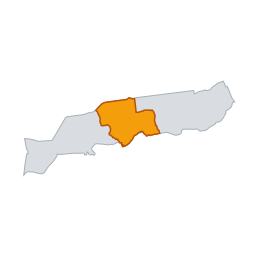 Centre on a map of Togo (Natural Earth projection), rotated 263°
{"feature_id": "TGO-89", "entity_name": "Centre", "entity_type": "Region", "adm_level": 1, "iso_a3": "TGO", "parent_name": "Togo", "parent_adm1": "", "projection": "natural_earth1", "projection_center": [0.902, 8.593], "detail": "fine", "context": "in_parent", "style": "filled", "palette": "amber", "viewbox_px": 256, "rotation_deg": 263, "n_neighbors": 0, "source": "natural_earth", "source_scale": "10m", "svg_char_len": 4308}
<svg xmlns="http://www.w3.org/2000/svg" viewBox="0 0 256 256"><g transform="rotate(263 128 128)"><path d="M130.1,24.1L129.1,28.8L127.1,34.6L125.8,36.4L124.9,50.5L125.6,51.7L126.0,52.0L132.2,56.8L140.4,63.0L146.1,67.4L146.6,68.9L146.7,78.2L146.7,86.1L147.9,90.6L148.2,95.0L149.6,98.4L154.9,104.8L156.2,108.6L156.4,120.7L156.5,129.9L157.1,142.4L157.1,152.9L157.2,166.1L157.2,181.6L157.2,197.8L153.7,198.0L155.6,203.0L155.9,207.5L156.4,209.0L155.4,211.2L156.2,214.6L157.7,215.8L161.6,222.6L162.9,228.3L156.7,230.2L157.1,231.7L145.4,234.7L140.8,237.2L140.7,234.8L139.0,234.3L136.9,233.5L135.7,232.3L133.9,229.4L133.2,227.2L130.5,226.8L127.1,224.3L123.9,221.4L122.8,218.6L123.1,217.2L122.6,215.9L121.5,215.3L118.6,208.8L116.9,206.2L116.0,204.1L116.3,202.5L115.9,200.3L116.5,198.5L118.0,197.5L118.5,196.2L118.7,193.5L119.5,187.8L120.1,182.3L118.5,180.8L116.5,180.3L115.4,178.7L115.0,176.1L115.1,173.9L119.0,166.0L118.2,147.9L118.8,145.1L120.6,143.2L122.1,141.0L122.0,138.8L119.4,133.4L114.5,129.2L111.9,125.8L110.5,122.8L110.3,121.2L113.3,118.9L114.7,117.2L114.8,115.3L113.6,111.9L113.8,105.7L115.0,101.1L116.2,95.2L116.0,93.4L113.1,89.9L111.6,89.4L110.3,89.7L107.2,92.0L106.1,92.2L105.4,91.6L105.1,90.6L106.2,89.2L105.8,87.5L106.7,86.0L108.6,85.3L109.2,84.5L106.6,83.8L106.3,82.7L106.5,81.7L107.2,81.5L108.1,81.6L108.5,80.9L108.9,75.8L109.2,74.1L109.6,70.6L110.0,57.0L110.6,55.6L110.7,54.6L108.8,54.0L104.5,50.3L102.0,47.5L99.8,44.7L97.9,42.8L94.3,39.9L93.2,38.0L93.1,36.2L94.2,32.5L95.9,28.6L96.8,22.9L96.3,21.4L93.9,18.8L102.4,20.8L114.5,24.2L114.8,24.8L114.8,25.8L116.9,25.8L120.4,24.6L130.1,24.1Z" fill="#d9dde1" stroke="#a8b0b8" stroke-width="1"/><path d="M113.7,120.0L114.1,119.7L114.2,119.2L114.3,118.5L114.5,117.9L115.5,117.6L116.3,117.3L117.0,116.5L117.2,116.4L117.8,116.4L118.1,116.3L118.3,116.1L118.4,115.8L118.4,115.5L118.3,115.3L118.2,115.2L118.1,114.8L118.1,114.6L118.3,114.4L119.8,113.3L119.9,113.1L120.0,112.9L120.1,112.6L120.1,112.4L120.2,111.9L120.4,111.7L120.6,111.6L121.3,111.5L121.5,111.3L121.9,110.9L122.0,110.8L122.0,110.7L123.0,109.8L123.2,109.6L123.3,109.4L123.4,109.1L123.5,108.9L123.7,108.6L123.9,108.6L124.2,108.7L124.5,108.7L124.8,108.7L125.3,108.7L125.5,108.8L125.6,109.0L125.7,109.4L125.8,109.6L127.0,110.1L127.3,110.2L127.7,110.2L128.0,110.2L128.6,110.5L128.8,110.6L129.0,110.6L129.3,110.6L130.7,110.2L131.4,110.1L131.6,110.0L132.0,109.8L132.5,109.3L133.0,108.7L133.6,108.1L133.8,107.8L133.8,107.6L133.4,106.5L133.3,106.1L133.3,104.5L133.3,103.7L133.3,103.2L133.4,102.7L133.5,102.2L133.7,101.9L133.8,101.8L135.1,101.5L137.9,101.0L138.5,101.0L140.3,101.5L140.8,101.5L141.5,101.5L146.6,99.8L147.3,99.8L148.0,99.4L149.5,98.1L149.7,98.4L152.7,102.0L155.0,104.8L155.7,106.4L156.0,107.4L156.2,108.6L156.3,114.0L156.4,118.8L156.4,122.8L156.5,128.6L156.5,129.9L156.6,130.4L156.7,130.9L157.7,132.3L157.9,132.8L157.7,133.5L156.5,135.9L156.4,136.2L156.4,137.0L156.3,138.1L142.6,138.0L142.6,138.3L142.6,138.5L142.4,138.9L142.4,139.1L142.4,141.0L142.5,141.5L142.7,142.1L142.8,142.3L142.8,142.8L142.8,143.1L142.9,143.5L143.0,143.8L142.9,144.5L143.0,144.9L143.1,145.1L143.2,145.3L143.5,145.6L143.6,145.8L143.6,146.0L143.7,147.1L143.6,147.4L143.5,148.1L143.4,148.6L143.4,149.4L143.2,150.4L143.2,151.4L143.2,151.7L143.1,151.9L142.6,153.1L142.5,153.3L142.6,153.5L142.9,154.0L141.6,155.1L140.5,155.5L137.4,156.3L136.7,156.3L136.1,156.2L135.5,156.1L135.1,155.9L134.8,155.8L133.2,155.4L132.8,155.2L132.3,155.2L128.7,155.8L128.2,155.7L127.8,155.6L127.6,155.7L127.2,156.3L126.9,156.5L126.6,156.7L123.6,157.1L123.2,157.3L122.6,157.7L122.3,158.0L122.1,158.2L121.6,158.5L119.7,158.7L118.9,158.9L118.5,156.0L118.6,154.4L118.6,153.5L118.2,151.9L118.1,149.9L117.9,148.8L118.1,148.5L118.4,148.2L118.6,147.7L118.5,147.1L118.2,146.7L117.9,146.4L117.8,145.9L117.8,145.3L118.0,145.2L118.3,145.1L118.6,145.0L119.9,143.7L120.5,143.2L122.2,142.4L122.8,141.9L123.0,141.3L122.9,140.2L122.7,140.0L122.3,140.0L122.2,139.8L122.1,139.6L122.2,139.2L122.1,138.5L122.1,138.0L122.0,137.6L120.6,136.2L120.1,134.6L119.4,133.0L117.0,131.6L116.0,130.8L115.1,129.9L114.5,129.0L113.0,127.8L111.5,125.4L110.4,122.7L110.1,121.1L110.1,120.6L110.3,120.2L110.8,120.1L111.2,120.3L111.6,121.2L112.0,120.7L112.3,120.0L112.1,119.8L112.5,119.7L112.8,119.7L113.2,119.9L113.7,120.0Z" fill="#f59e0b" stroke="#b45309" stroke-width="1.5"/></g></svg>